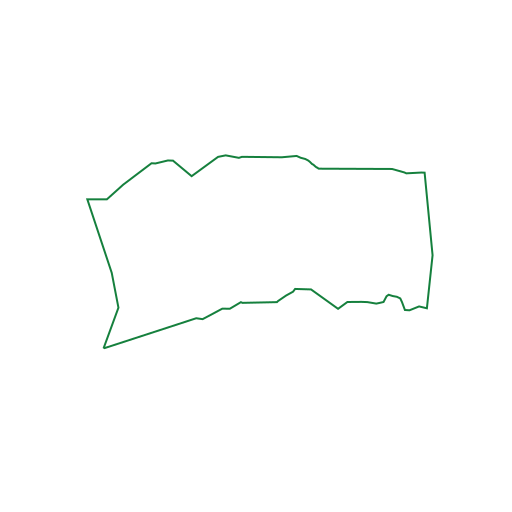 Saki East, Oyo, Nigeria (Mercator projection), rotated 117°
{"feature_id": "59680162B31759462460359", "entity_name": "Saki East", "entity_type": "district", "adm_level": 2, "iso_a3": "NGA", "parent_name": "Nigeria", "parent_adm1": "Oyo", "projection": "mercator", "projection_center": [3.599, 8.694], "detail": "fine", "context": "isolated", "style": "outline", "palette": "green", "viewbox_px": 512, "rotation_deg": 117, "n_neighbors": 0, "source": "geoboundaries", "source_scale": "gbopen_adm2", "svg_char_len": 965}
<svg xmlns="http://www.w3.org/2000/svg" viewBox="0 0 512 512"><g transform="rotate(117 256 256)"><path d="M105.2,143.6L106.6,146.6L114.1,159.6L114.2,161.8L116.7,174.3L149.7,239.7L149.7,240.4L149.4,241.4L149.6,242.1L149.3,243.7L148.6,246.3L148.6,247.8L147.6,250.9L147.2,253.0L147.2,256.2L148.2,260.8L148.4,265.2L156.3,277.8L174.0,313.5L176.3,315.8L180.1,328.7L184.9,334.8L214.1,349.6L208.9,372.5L208.7,373.2L210.9,377.9L219.2,387.6L220.8,391.2L252.7,406.7L273.2,414.6L282.1,432.0L336.5,376.9L364.5,355.1L406.7,350.0L406.8,349.1L338.6,281.0L336.5,274.9L335.8,274.4L318.2,262.1L314.9,255.4L304.0,248.5L303.9,246.8L287.6,216.4L286.1,215.9L277.5,211.2L271.0,206.8L267.6,206.2L260.8,191.8L265.8,158.9L255.5,153.7L248.9,141.0L246.5,135.8L243.8,127.2L241.7,124.6L239.1,121.5L232.6,121.4L230.3,120.2L229.6,116.0L228.4,112.0L228.3,108.2L230.8,105.0L236.5,98.8L234.7,94.6L226.9,87.8L225.0,80.0L175.2,99.0L105.2,143.6Z" fill="none" stroke="#15803d" stroke-width="2"/></g></svg>